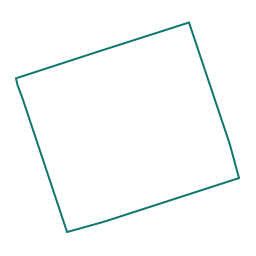 the district of Roscommon, Michigan, United States of America, rotated 162°
{"feature_id": "52423323B93636603770838", "entity_name": "Roscommon", "entity_type": "district", "adm_level": 2, "iso_a3": "USA", "parent_name": "United States of America", "parent_adm1": "Michigan", "projection": "robinson", "projection_center": [-84.548, 44.336], "detail": "fine", "context": "isolated", "style": "outline", "palette": "teal", "viewbox_px": 256, "rotation_deg": 162, "n_neighbors": 0, "source": "geoboundaries", "source_scale": "gbopen_adm2", "svg_char_len": 278}
<svg xmlns="http://www.w3.org/2000/svg" viewBox="0 0 256 256"><g transform="rotate(162 128 128)"><path d="M218.1,47.9L180.4,46.3L37.9,46.1L36.2,80.9L37.4,209.5L129.0,209.9L219.2,209.9L219.8,202.9L219.2,189.7L218.1,47.9Z" fill="none" stroke="#0f766e" stroke-width="2"/></g></svg>